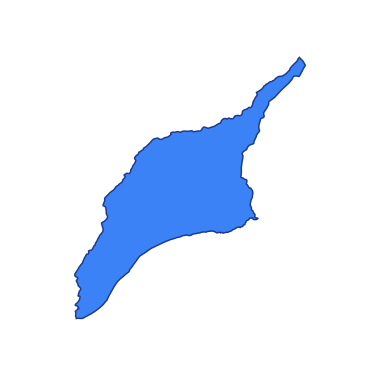 Icononzo, Tolima, Colombia, rotated 224°
{"feature_id": "7082276B29994839767067", "entity_name": "Icononzo", "entity_type": "district", "adm_level": 2, "iso_a3": "COL", "parent_name": "Colombia", "parent_adm1": "Tolima", "projection": "equal_earth", "projection_center": [-74.537, 4.121], "detail": "fine", "context": "isolated", "style": "filled", "palette": "blue", "viewbox_px": 384, "rotation_deg": 224, "n_neighbors": 0, "source": "geoboundaries", "source_scale": "gbopen_adm2", "svg_char_len": 6059}
<svg xmlns="http://www.w3.org/2000/svg" viewBox="0 0 384 384"><g transform="rotate(224 192 192)"><path d="M187.3,20.6L186.6,21.7L183.7,24.2L182.9,25.2L182.6,26.0L180.7,32.2L179.8,34.6L179.6,36.1L179.1,37.9L178.2,43.0L177.8,47.0L177.7,49.7L177.9,51.4L178.1,55.0L178.3,55.8L179.5,59.1L182.5,70.6L183.3,75.3L183.3,79.3L183.1,81.3L182.8,83.3L182.6,86.9L182.1,89.6L182.0,90.7L182.2,91.6L183.0,93.3L183.2,96.6L183.7,99.3L184.4,104.7L184.9,107.4L185.0,108.7L184.9,110.3L184.4,112.8L183.8,115.0L182.4,122.3L182.0,123.7L177.1,136.8L174.3,143.1L172.9,145.4L171.4,148.4L169.1,151.9L168.4,154.0L166.6,156.4L166.2,157.3L164.8,157.9L163.3,159.2L162.6,160.4L162.2,162.1L161.9,162.7L159.9,165.4L159.5,166.3L158.4,167.3L157.7,168.4L157.7,168.7L156.9,170.1L155.9,171.3L153.8,173.2L153.4,174.5L151.6,176.5L151.2,177.3L150.2,177.9L149.3,178.9L148.6,178.9L147.5,179.6L146.3,179.6L145.6,180.0L145.3,180.4L144.5,181.9L143.9,182.3L143.1,182.3L142.9,182.6L142.7,183.6L141.6,183.8L141.0,184.1L140.6,185.1L139.9,185.8L139.3,187.0L138.2,187.9L137.8,188.9L137.6,189.7L136.9,190.8L136.6,191.6L136.4,193.6L135.4,195.6L135.3,196.8L135.1,197.6L134.6,198.5L134.1,199.2L133.3,199.8L132.7,199.8L132.6,200.0L132.5,201.2L131.7,202.2L131.7,202.9L132.0,203.8L132.0,204.2L131.9,204.5L131.5,204.8L131.4,205.5L132.0,206.3L132.1,207.5L132.8,208.6L132.7,209.3L132.2,210.7L132.0,211.9L132.1,212.3L132.4,212.9L132.4,213.2L132.3,213.4L130.9,214.6L130.4,215.6L130.0,215.5L129.5,215.0L129.0,214.9L128.2,215.2L127.6,215.7L126.7,216.8L126.3,217.5L126.2,218.2L126.3,218.8L126.5,218.8L128.1,217.9L128.8,217.7L129.4,217.7L130.1,218.2L130.6,219.1L131.0,219.5L131.4,219.7L132.6,219.6L133.0,219.9L134.2,220.1L135.4,220.8L136.4,220.5L137.0,220.6L138.1,221.7L139.7,222.6L141.0,223.0L142.0,224.2L143.7,226.9L144.1,227.6L144.7,229.5L147.2,233.2L148.1,234.1L149.4,234.9L152.5,235.6L153.3,234.9L154.0,234.7L155.9,235.3L156.5,235.3L157.5,235.6L158.3,235.4L158.8,235.8L159.2,236.8L160.2,238.1L160.7,238.5L161.2,238.6L161.5,238.6L163.0,237.7L164.8,237.5L166.7,236.7L167.8,236.9L168.3,238.2L168.6,238.6L169.4,239.4L170.5,240.9L173.1,243.3L176.4,247.7L179.9,252.9L180.9,253.7L181.9,254.0L182.5,254.4L182.8,254.9L183.0,255.6L183.1,256.8L182.3,260.4L182.5,261.2L183.0,262.4L183.2,263.2L183.3,264.5L183.0,265.8L182.7,266.7L181.4,269.3L181.4,270.0L182.0,270.6L182.6,271.7L184.3,276.6L185.0,277.7L185.4,279.5L185.6,281.7L185.8,282.6L186.6,283.5L187.8,284.0L188.4,284.4L189.1,285.1L191.3,288.1L192.0,289.9L193.0,291.3L193.3,292.0L193.3,292.8L193.1,293.6L192.4,295.0L192.4,296.1L192.7,296.6L194.1,297.5L195.5,298.8L196.6,304.7L197.7,308.2L198.2,308.9L199.0,309.6L199.3,310.3L199.4,310.9L198.5,316.1L198.3,318.1L198.5,324.3L198.5,329.2L198.0,337.2L198.3,342.1L199.1,344.8L199.1,346.1L198.6,346.9L197.2,348.2L195.3,349.4L195.6,351.5L196.6,355.1L197.7,358.4L198.2,361.0L198.5,361.6L198.8,362.0L202.9,363.2L208.3,363.4L208.2,361.7L207.9,361.0L207.4,358.9L207.3,358.0L207.5,356.0L207.5,352.5L207.3,349.4L206.5,347.2L206.5,342.4L207.3,339.0L207.9,337.5L209.8,335.5L210.4,333.7L210.7,332.0L210.6,329.7L210.7,329.0L211.2,328.2L211.4,326.9L212.1,325.9L212.6,325.0L212.7,323.0L213.5,320.9L213.3,319.8L213.7,318.9L213.8,318.2L213.4,316.5L213.3,314.2L213.7,312.2L214.8,308.4L213.2,307.7L212.4,306.9L211.9,303.5L211.4,302.1L210.9,300.2L210.6,299.2L209.2,297.0L208.4,294.9L208.4,293.6L208.7,293.2L209.7,292.5L209.9,292.2L210.1,289.8L210.9,288.5L211.6,286.7L211.7,285.6L211.5,284.8L211.3,284.4L209.9,282.7L209.9,281.9L210.0,281.3L210.7,280.0L212.4,278.7L213.7,277.1L213.8,276.7L213.8,275.8L213.4,273.7L213.7,272.7L214.0,272.3L215.3,271.6L215.5,271.3L216.3,271.1L216.9,270.7L217.1,270.3L217.4,268.8L217.5,268.6L218.9,268.3L220.2,266.7L220.5,264.0L220.3,263.5L219.5,262.0L219.5,261.2L220.4,259.4L220.6,258.6L221.5,254.9L222.6,253.0L224.5,249.3L225.1,248.8L227.9,247.5L228.7,246.7L228.8,245.8L228.3,242.7L228.7,241.1L228.9,240.8L230.0,240.2L232.6,236.5L233.2,236.2L234.3,236.1L234.9,235.7L237.1,232.8L239.0,231.3L240.5,229.7L241.0,229.1L241.5,227.4L241.8,227.0L244.5,225.3L245.7,223.1L247.3,221.8L247.9,221.0L248.1,220.4L248.2,219.4L248.0,219.2L247.2,218.9L247.0,218.6L247.0,218.1L247.5,215.2L248.0,214.1L249.2,212.4L249.5,211.8L250.3,208.8L251.4,207.9L252.5,207.3L253.7,207.1L254.3,206.8L256.1,204.1L256.4,203.5L256.6,201.4L256.5,200.3L256.4,199.6L256.4,197.1L256.5,195.0L256.5,192.8L257.2,190.1L257.2,189.8L256.7,188.9L256.7,188.6L257.0,187.2L257.3,185.0L257.8,184.2L257.8,183.4L257.1,182.3L257.0,181.9L257.0,181.1L257.4,179.8L257.3,178.1L257.1,176.8L256.4,176.1L254.8,175.8L254.0,175.3L253.0,172.2L252.8,169.9L251.8,167.8L251.5,165.4L250.3,164.0L250.0,162.9L250.1,161.5L250.7,161.0L251.5,160.5L252.2,159.8L252.2,159.0L252.6,157.5L252.6,157.1L252.1,156.6L251.2,156.8L250.6,156.6L250.3,155.4L250.2,152.7L249.4,151.2L249.3,150.3L249.7,147.9L249.9,144.9L250.4,143.1L250.0,141.3L249.9,139.8L249.8,138.5L250.4,136.1L250.5,134.7L250.5,131.5L250.6,128.9L250.6,127.8L250.4,126.8L249.6,125.9L248.6,125.0L247.5,122.0L246.8,120.8L246.5,120.5L246.0,120.6L244.1,121.1L243.4,121.0L240.7,118.9L240.3,118.5L239.6,118.0L238.9,117.1L236.0,115.9L235.3,115.2L234.7,114.0L234.5,112.7L234.8,109.9L235.4,107.7L235.5,106.9L235.1,106.4L234.0,105.9L233.2,105.2L231.7,104.6L230.4,103.7L229.4,102.8L228.8,101.7L228.5,100.6L228.2,96.5L227.8,95.7L227.3,93.3L226.1,90.1L225.9,88.4L224.9,86.3L225.1,85.2L224.0,81.9L224.0,80.5L224.4,79.7L225.3,78.5L225.5,77.8L224.2,76.6L223.6,75.7L223.7,75.1L224.5,74.2L224.5,73.3L224.0,72.1L223.5,69.7L221.5,64.8L221.4,62.6L220.9,58.9L220.5,58.0L220.1,55.9L219.8,54.6L219.4,51.9L218.4,50.6L217.9,50.3L217.0,50.3L215.2,50.9L214.5,50.7L214.1,50.2L213.6,47.8L213.1,47.5L211.3,47.0L210.1,46.5L208.9,45.6L205.4,45.4L204.7,45.0L204.3,44.2L204.0,42.1L202.0,38.4L201.8,38.1L201.5,38.1L201.3,38.2L200.7,38.9L200.0,39.0L199.4,38.4L198.2,36.5L197.6,33.9L197.6,32.2L197.8,30.6L197.6,29.8L197.3,29.5L196.5,29.6L195.4,30.3L195.0,30.3L193.8,30.2L193.1,29.7L192.9,29.6L193.4,29.4L193.1,28.7L192.8,28.7L192.7,28.5L192.7,27.8L193.0,26.2L193.0,25.1L190.9,23.8L190.2,22.6L189.4,21.7L188.1,21.3L187.3,20.6Z" fill="#3b82f6" stroke="#1e3a8a" stroke-width="1.5"/></g></svg>